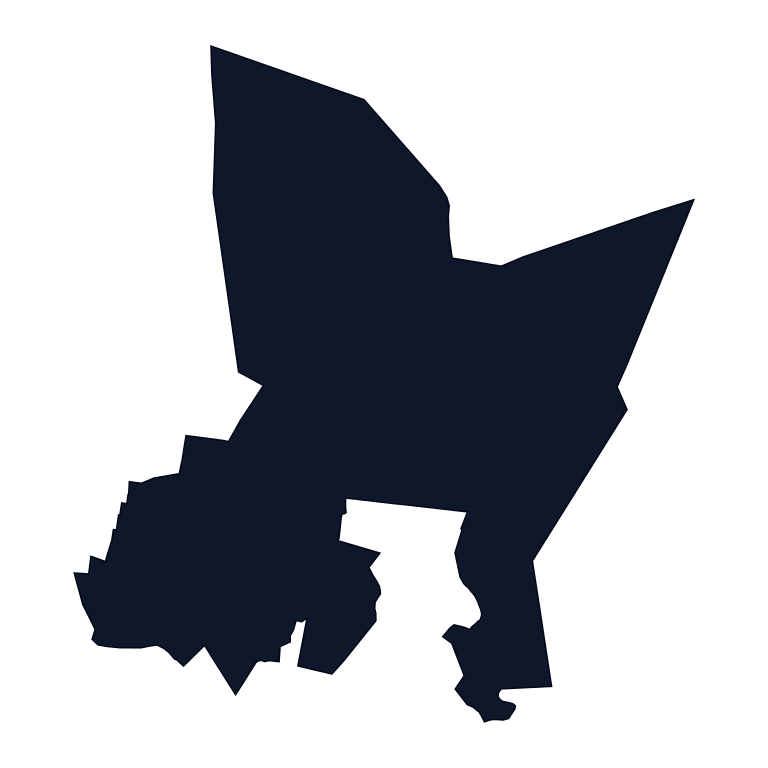 Magdalena Apasco, Oaxaca, Mexico
{"feature_id": "50627088B71310669163149", "entity_name": "Magdalena Apasco", "entity_type": "district", "adm_level": 2, "iso_a3": "MEX", "parent_name": "Mexico", "parent_adm1": "Oaxaca", "projection": "orthographic", "projection_center": [-96.817, 17.249], "detail": "fine", "context": "isolated", "style": "filled", "palette": "ink", "viewbox_px": 768, "rotation_deg": 0, "n_neighbors": 0, "source": "geoboundaries", "source_scale": "gbopen_adm2", "svg_char_len": 2628}
<svg xmlns="http://www.w3.org/2000/svg" viewBox="0 0 768 768"><path d="M693.8,199.7L654.3,212.1L523.0,257.0L501.2,266.2L481.4,262.9L452.2,258.1L449.1,236.5L448.3,217.0L449.2,205.8L446.8,197.4L439.4,185.7L364.0,99.7L211.0,46.1L211.9,75.6L215.7,123.4L213.3,193.0L228.9,303.0L238.6,372.0L263.4,385.5L240.4,420.4L228.5,441.6L222.7,440.4L186.0,435.6L183.0,454.5L182.6,456.9L182.4,458.1L182.3,459.2L182.1,460.3L182.0,461.4L181.4,463.2L179.3,473.7L154.1,478.0L141.4,483.3L129.3,481.7L128.7,494.7L128.1,494.5L126.8,503.7L121.7,502.9L119.9,515.1L118.6,514.9L116.4,530.0L113.4,529.5L111.8,540.3L107.3,554.9L105.4,561.5L90.9,556.3L88.7,574.0L76.3,573.1L74.2,573.0L82.8,604.5L90.9,620.7L95.1,629.5L92.1,639.3L98.0,644.9L107.5,646.5L119.7,647.7L140.8,647.8L150.0,646.0L157.2,645.0L163.9,648.5L168.4,652.0L175.0,659.4L176.3,659.4L183.5,666.1L204.5,645.4L235.6,694.7L256.1,662.3L259.5,660.4L261.6,660.5L264.8,661.6L267.4,660.9L270.7,660.7L278.2,661.6L279.1,661.7L279.3,658.7L279.5,655.5L280.1,646.6L290.2,641.9L290.3,635.6L291.6,633.2L292.5,631.6L293.6,629.7L295.3,623.3L296.1,620.6L298.1,621.0L301.6,621.8L304.9,619.5L307.0,618.0L297.9,666.0L320.0,671.2L331.9,674.0L344.0,660.5L375.9,620.8L375.8,613.2L374.7,608.4L375.1,602.2L377.2,598.7L380.4,593.9L380.2,590.2L379.4,586.4L376.9,581.5L373.3,576.1L370.2,569.8L368.7,567.6L369.4,566.7L371.7,563.7L372.5,562.7L373.3,561.7L379.9,553.1L338.3,540.8L338.7,538.1L339.0,538.1L340.2,527.5L340.9,520.4L341.1,517.8L341.8,515.1L342.0,514.0L344.3,513.7L345.3,513.3L346.1,512.3L345.7,509.4L345.5,503.9L345.5,503.0L345.6,498.1L358.4,499.3L358.4,499.5L393.1,503.5L406.7,504.9L424.1,506.9L467.5,511.9L466.6,514.2L465.2,517.9L464.2,520.3L464.2,520.6L462.7,524.3L461.0,528.6L461.9,530.4L455.0,552.8L460.1,577.1L463.7,583.5L466.0,586.0L468.4,587.9L470.7,591.0L473.1,593.7L475.5,597.0L477.8,601.8L478.9,604.9L480.6,609.1L481.5,612.8L481.6,614.8L481.2,616.7L480.1,620.0L477.6,621.6L475.1,624.2L472.1,626.5L470.5,628.5L469.7,629.5L466.8,628.2L461.8,626.6L458.9,626.0L454.1,624.8L449.6,628.4L442.7,636.7L446.6,639.5L451.7,643.2L464.2,675.7L455.2,689.1L467.2,704.6L473.2,707.2L477.5,710.8L478.0,711.1L479.0,711.9L481.6,716.1L484.4,721.9L488.4,720.4L492.1,719.6L496.3,719.5L503.3,720.0L508.6,718.5L514.7,709.2L515.5,706.0L513.1,703.9L510.1,703.0L507.4,702.3L504.4,701.8L502.2,701.2L499.9,699.4L498.2,696.9L498.2,693.4L499.5,691.1L501.2,688.9L516.7,688.1L520.2,687.9L523.5,687.8L528.2,687.5L532.3,687.3L535.5,687.2L543.3,686.8L547.0,686.6L551.6,686.4L546.0,649.9L543.1,630.8L539.5,607.1L535.7,582.6L532.4,560.9L627.0,409.6L617.1,386.9L627.0,364.4L693.8,199.7Z" fill="#0f172a" stroke="#020617" stroke-width="1.5"/></svg>